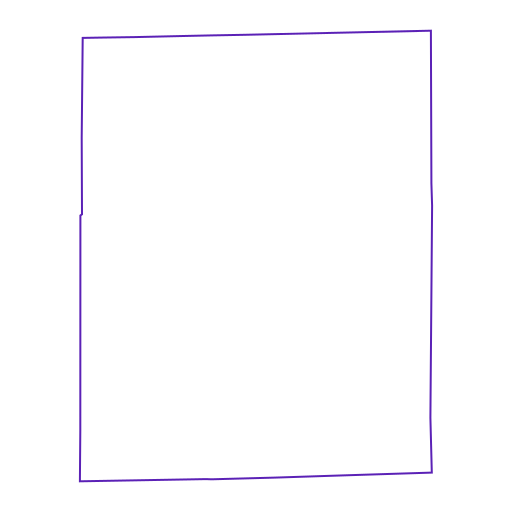 Johnson, Indiana, United States of America (Albers equal-area conic projection)
{"feature_id": "52423323B4886498471892", "entity_name": "Johnson", "entity_type": "district", "adm_level": 2, "iso_a3": "USA", "parent_name": "United States of America", "parent_adm1": "Indiana", "projection": "albers", "projection_center": [-86.118, 39.49], "detail": "fine", "context": "isolated", "style": "outline", "palette": "violet", "viewbox_px": 512, "rotation_deg": 0, "n_neighbors": 0, "source": "geoboundaries", "source_scale": "gbopen_adm2", "svg_char_len": 366}
<svg xmlns="http://www.w3.org/2000/svg" viewBox="0 0 512 512"><path d="M431.8,472.6L430.4,417.7L432.1,205.7L431.4,183.3L430.9,30.7L244.8,34.8L211.5,35.4L183.4,36.0L134.6,37.1L100.0,37.6L82.7,37.9L81.7,137.7L82.0,214.3L80.4,215.5L80.3,431.0L79.9,481.3L206.0,479.1L211.6,479.3L275.0,477.6L342.9,475.4L431.8,472.6Z" fill="none" stroke="#5b21b6" stroke-width="2"/></svg>